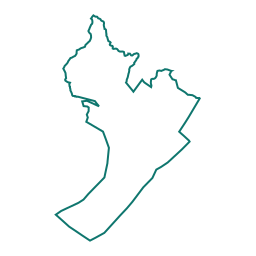 outline of Santa Cruz Xitla, Oaxaca, Mexico
{"feature_id": "50627088B78540984187626", "entity_name": "Santa Cruz Xitla", "entity_type": "district", "adm_level": 2, "iso_a3": "MEX", "parent_name": "Mexico", "parent_adm1": "Oaxaca", "projection": "albers", "projection_center": [-96.682, 16.337], "detail": "fine", "context": "isolated", "style": "outline", "palette": "teal", "viewbox_px": 256, "rotation_deg": 0, "n_neighbors": 0, "source": "geoboundaries", "source_scale": "gbopen_adm2", "svg_char_len": 3906}
<svg xmlns="http://www.w3.org/2000/svg" viewBox="0 0 256 256"><path d="M164.9,69.2L163.8,69.9L163.3,70.1L162.2,70.5L161.4,70.9L160.4,70.7L159.4,70.5L158.5,70.7L157.5,70.9L157.3,71.3L157.0,72.6L156.8,73.4L156.7,74.3L156.7,75.5L156.3,76.5L155.8,77.3L155.3,78.0L154.6,78.5L154.2,78.7L153.5,78.9L152.9,78.8L152.1,78.9L151.2,79.4L151.1,79.8L150.8,82.4L150.9,83.2L150.9,83.9L151.0,84.1L151.4,85.3L151.3,86.4L151.1,87.1L147.5,84.6L146.3,83.8L144.3,82.4L144.2,82.3L142.7,80.4L142.2,79.7L139.9,82.8L133.4,91.7L132.0,89.9L126.6,83.3L126.0,82.6L126.3,82.1L126.6,81.4L126.7,80.4L126.8,79.5L127.3,78.4L127.6,77.6L127.9,76.6L128.0,75.9L128.1,75.6L128.2,75.1L128.3,74.7L128.5,73.6L128.9,72.6L129.1,71.5L129.3,70.5L129.2,69.4L129.5,68.5L129.9,67.6L130.4,66.7L132.0,65.9L133.3,64.9L134.3,64.0L134.2,62.8L134.5,62.5L134.7,62.2L135.4,61.2L136.0,60.4L136.5,59.5L136.7,58.6L137.1,58.4L137.3,58.3L137.5,58.2L137.8,57.7L138.0,57.1L138.5,56.7L138.6,55.8L138.5,54.8L138.5,54.7L138.3,54.0L137.6,53.5L136.5,53.2L135.5,53.7L135.4,53.7L134.8,53.8L134.3,53.9L133.6,54.3L132.8,55.1L132.2,55.5L131.2,55.4L130.8,55.0L130.4,54.3L129.9,53.7L129.1,53.7L128.3,53.6L128.3,54.1L128.0,54.6L127.6,55.0L126.8,55.3L126.1,55.6L125.3,55.9L124.6,55.6L124.5,54.8L124.4,54.6L124.3,54.1L124.2,53.4L124.0,52.6L124.0,52.1L123.6,51.8L123.3,51.7L122.8,51.6L122.4,51.5L121.7,51.6L121.0,51.5L120.5,51.6L120.0,51.6L119.3,51.3L118.8,51.1L118.3,50.7L118.0,50.2L117.7,49.7L117.0,49.0L116.5,48.8L116.0,48.6L115.1,48.7L114.1,48.8L113.4,48.9L112.7,48.5L112.8,47.9L112.7,47.2L112.8,46.5L112.4,45.9L111.8,45.8L111.3,45.7L110.1,45.2L109.8,44.7L109.8,44.3L110.1,43.8L110.2,43.3L110.6,42.5L109.9,41.8L109.3,41.5L108.4,41.1L108.1,40.2L107.7,38.9L107.6,38.5L107.4,37.7L107.3,37.3L107.0,36.7L106.5,36.0L106.3,34.9L106.5,34.2L106.3,33.5L106.2,32.6L106.1,31.9L106.1,30.9L105.9,29.7L105.4,29.2L104.5,28.9L104.5,28.4L104.3,27.7L104.1,26.7L103.9,25.9L103.8,25.1L103.8,24.5L104.0,23.9L104.0,23.1L103.9,22.4L103.5,21.6L102.9,21.3L102.0,21.0L101.1,20.4L100.8,20.0L100.6,19.4L100.0,18.9L99.2,18.6L98.2,18.3L97.8,17.7L97.2,16.8L96.7,16.7L95.6,16.7L95.1,16.5L94.3,16.0L93.4,15.4L92.2,16.8L91.6,17.8L91.0,18.6L91.9,19.3L92.2,20.1L92.4,21.2L92.4,22.1L92.4,22.8L92.1,23.8L91.2,24.6L89.8,27.7L89.5,28.5L89.2,29.4L88.5,30.7L88.5,31.4L89.2,32.5L89.7,33.2L90.6,33.9L91.0,35.4L91.1,37.5L90.5,39.4L89.8,40.7L89.6,41.2L88.5,42.0L87.8,42.8L86.4,44.1L85.4,45.1L85.0,46.7L84.5,46.9L83.5,47.4L82.6,47.7L81.5,48.0L80.4,48.5L79.3,49.4L78.5,49.7L77.9,49.9L76.8,50.3L76.6,52.2L76.6,53.6L75.9,54.8L75.1,55.9L73.2,56.8L72.9,57.0L71.9,57.6L71.1,57.9L70.5,58.0L70.4,58.2L69.5,59.5L68.3,61.1L67.7,62.5L67.1,63.4L65.8,64.8L64.7,65.9L64.2,67.1L63.7,68.0L63.3,68.6L64.3,70.5L65.1,72.1L65.3,72.6L65.5,73.0L65.7,75.0L65.7,75.3L66.1,78.2L65.2,79.4L65.3,80.5L65.6,80.8L67.0,81.7L67.5,82.1L70.0,82.7L69.3,84.0L69.6,86.4L70.0,86.7L70.0,87.9L70.4,89.2L70.4,90.4L71.1,91.8L71.8,93.4L72.3,95.4L72.8,95.9L73.6,96.0L74.2,96.0L75.2,96.1L75.2,96.5L76.6,96.6L76.8,96.8L77.6,96.7L77.9,96.7L94.9,101.1L96.4,103.1L99.0,106.3L87.0,100.8L83.7,101.2L82.2,101.4L83.6,106.1L87.3,106.5L88.7,107.5L88.6,111.2L87.9,112.5L86.8,114.6L87.8,117.5L86.3,121.8L103.0,131.6L105.8,139.1L108.9,147.8L107.5,161.9L107.4,163.3L104.4,177.5L88.5,193.8L83.5,199.6L78.5,202.8L67.0,208.2L61.1,211.0L55.8,214.7L63.9,221.9L69.1,226.6L80.1,234.0L82.3,235.5L90.0,240.6L95.4,237.8L104.3,232.9L112.4,224.0L120.1,215.5L126.9,208.3L132.4,201.8L143.3,187.3L152.4,178.0L156.3,169.6L160.8,167.1L167.7,162.5L181.9,149.4L189.6,141.6L189.0,140.6L183.1,135.2L180.8,133.2L179.7,132.1L179.2,131.7L185.3,122.4L188.7,117.0L199.8,98.3L200.2,97.8L199.5,98.1L197.4,98.0L196.3,97.9L196.0,97.8L195.8,97.4L195.7,97.1L195.5,96.9L192.5,95.2L189.2,94.8L187.9,94.8L186.7,93.8L185.9,93.0L184.9,92.2L177.9,87.9L177.8,87.6L175.9,80.3L175.5,80.3L173.5,79.5L172.5,79.3L169.5,74.7L171.3,71.0L171.5,70.9L170.9,70.8L167.4,69.5L164.9,69.2Z" fill="none" stroke="#0f766e" stroke-width="2"/></svg>